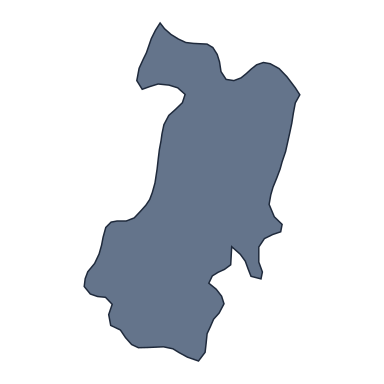 Fama, Minas Gerais, Brazil
{"feature_id": "56859067B48814730172569", "entity_name": "Fama", "entity_type": "district", "adm_level": 2, "iso_a3": "BRA", "parent_name": "Brazil", "parent_adm1": "Minas Gerais", "projection": "natural_earth1", "projection_center": [-45.815, -21.463], "detail": "fine", "context": "isolated", "style": "filled", "palette": "slate", "viewbox_px": 384, "rotation_deg": 0, "n_neighbors": 0, "source": "geoboundaries", "source_scale": "gbopen_adm2", "svg_char_len": 1517}
<svg xmlns="http://www.w3.org/2000/svg" viewBox="0 0 384 384"><path d="M110.7,325.4L120.4,330.0L125.5,337.6L131.6,344.5L138.4,347.7L147.5,347.5L163.5,346.8L172.9,348.8L179.1,352.6L187.5,357.2L198.5,361.0L205.1,352.3L206.1,343.5L207.1,333.7L210.4,326.6L213.6,319.2L219.1,313.1L224.0,303.8L221.6,296.2L216.2,289.2L208.8,283.2L212.3,275.9L218.1,272.3L224.6,269.3L230.7,264.8L231.7,246.7L240.3,254.3L245.3,261.2L248.1,268.9L251.0,276.3L261.0,278.9L262.4,272.0L258.8,262.1L258.8,247.0L264.4,238.6L272.7,234.5L280.7,231.8L282.1,224.4L274.3,216.8L269.1,204.4L270.8,194.8L273.0,187.2L276.8,177.9L280.1,169.1L282.1,161.8L285.6,151.5L287.9,141.2L289.8,132.6L291.8,123.2L293.3,113.5L295.3,102.9L299.8,94.8L295.3,87.8L286.9,76.7L279.1,68.6L270.2,63.7L263.4,62.5L256.6,64.8L251.4,68.9L246.3,73.6L241.0,77.9L233.9,80.6L226.1,79.4L221.0,71.6L219.5,61.8L217.2,54.4L212.9,47.6L207.1,44.1L193.3,43.4L185.8,42.5L178.3,39.0L170.9,34.4L164.5,28.7L160.1,23.0L155.5,30.2L151.3,38.6L149.0,45.3L146.4,52.8L143.3,59.1L139.1,68.3L136.8,80.6L142.2,89.3L149.7,86.6L158.1,84.0L169.0,85.1L177.7,87.8L185.1,94.4L182.4,102.7L175.6,109.3L168.8,115.4L163.9,124.7L162.0,133.8L161.0,140.9L159.4,149.5L158.3,158.4L157.1,169.1L155.0,182.9L152.3,192.6L149.7,199.5L145.9,205.2L140.7,211.0L134.2,217.9L126.2,221.0L117.1,221.0L111.1,222.1L105.8,227.4L103.1,237.2L101.6,245.1L99.1,254.0L94.6,263.5L87.8,271.7L85.2,278.6L84.2,286.5L90.3,294.0L97.5,296.5L105.5,297.3L112.2,304.3L108.7,314.6L110.7,325.4Z" fill="#64748b" stroke="#1e293b" stroke-width="1.5"/></svg>